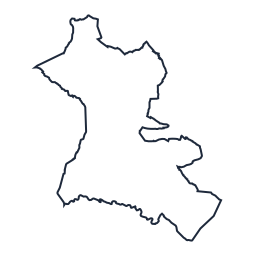 Molcaxac, Puebla, Mexico (Mercator projection)
{"feature_id": "50627088B79768269468288", "entity_name": "Molcaxac", "entity_type": "district", "adm_level": 2, "iso_a3": "MEX", "parent_name": "Mexico", "parent_adm1": "Puebla", "projection": "mercator", "projection_center": [-97.869, 18.674], "detail": "fine", "context": "isolated", "style": "outline", "palette": "slate", "viewbox_px": 256, "rotation_deg": 0, "n_neighbors": 0, "source": "geoboundaries", "source_scale": "gbopen_adm2", "svg_char_len": 5750}
<svg xmlns="http://www.w3.org/2000/svg" viewBox="0 0 256 256"><path d="M221.1,200.2L219.0,199.3L218.7,198.9L216.3,196.6L215.5,195.7L212.1,194.0L211.0,192.5L197.5,191.2L197.8,190.0L197.4,189.0L195.3,185.2L194.9,185.2L194.3,184.9L193.7,184.3L193.1,184.3L192.3,183.5L191.9,183.4L191.3,183.6L189.9,183.3L189.4,182.9L188.8,182.1L188.6,181.2L188.1,181.0L187.3,179.8L187.3,179.3L186.6,179.1L186.4,178.4L185.6,178.0L184.8,176.8L183.3,175.4L183.4,175.0L182.9,174.7L181.9,173.0L181.1,171.1L180.0,169.9L179.3,169.8L179.3,169.1L179.1,168.8L178.5,168.5L178.0,167.8L178.0,167.4L177.7,166.6L178.8,167.1L179.3,166.9L179.5,167.1L180.1,166.9L180.9,167.3L182.3,167.0L183.8,166.7L186.6,165.1L189.6,164.5L191.3,163.8L192.6,162.7L192.7,161.4L192.9,161.2L194.0,160.7L194.2,160.4L198.3,159.3L200.6,158.2L201.8,156.3L201.9,155.5L200.7,149.7L200.3,148.4L200.0,147.9L199.9,146.3L196.8,144.4L196.5,144.5L195.5,143.3L192.6,141.6L192.6,141.2L191.9,140.8L191.3,140.7L190.6,140.1L188.5,139.3L186.7,137.4L185.9,137.4L185.7,138.9L185.2,139.0L181.7,135.8L181.3,136.1L181.0,136.8L181.0,137.5L180.1,139.8L179.0,139.9L178.8,139.6L177.3,139.0L175.4,138.8L172.4,138.7L169.0,138.9L168.2,141.1L164.5,139.0L162.2,138.9L159.0,139.5L155.7,141.1L154.6,141.2L153.6,140.8L153.4,141.2L148.8,141.3L145.0,140.7L139.6,133.2L139.8,130.8L140.2,130.8L142.5,127.3L144.7,128.0L147.5,128.6L151.3,128.9L155.8,128.8L156.2,129.0L157.8,129.0L158.5,128.6L159.9,128.4L161.3,128.6L163.6,128.3L163.5,127.7L164.3,127.7L166.8,127.3L167.7,126.9L168.4,126.3L168.5,125.5L166.8,124.4L163.6,124.2L161.1,123.5L159.7,123.4L159.4,122.8L155.4,120.2L155.0,119.7L154.2,119.3L153.6,118.6L152.9,118.4L150.8,117.1L150.4,118.0L147.1,116.2L147.9,113.9L147.6,113.7L147.7,113.2L148.4,111.8L148.4,110.6L148.7,109.3L149.5,107.9L149.5,102.1L149.9,101.5L150.5,98.9L156.8,98.7L158.2,98.3L158.1,96.5L158.4,94.1L157.7,92.0L157.9,91.7L157.9,89.5L157.8,85.6L159.5,84.9L162.2,82.2L162.5,81.7L162.2,81.6L162.7,79.6L162.9,79.6L165.1,76.4L165.3,74.8L165.6,73.9L166.3,73.4L166.6,72.9L165.9,71.1L165.4,69.0L163.7,65.8L162.0,60.2L160.3,58.2L159.9,58.9L158.9,58.1L159.4,57.3L158.6,56.4L159.0,55.4L158.0,54.8L158.6,53.6L156.1,52.9L155.9,53.3L155.0,52.3L154.9,52.6L152.9,51.2L153.4,50.3L148.9,45.3L147.9,43.5L146.5,41.7L145.5,42.4L144.6,43.6L144.1,43.7L143.7,44.1L143.3,44.8L143.4,45.4L143.1,45.7L142.9,46.5L142.3,46.9L142.3,47.7L141.2,47.9L140.1,49.2L139.6,49.3L139.2,49.8L138.7,50.0L138.3,49.8L136.8,50.0L135.9,49.8L134.8,50.5L134.1,50.6L133.7,51.1L133.1,51.2L132.6,51.6L132.6,51.8L132.3,51.9L132.2,52.1L131.9,51.9L130.1,51.6L129.2,51.8L126.9,53.3L126.6,53.1L126.1,53.2L124.8,54.4L119.7,49.2L117.9,48.3L117.4,48.3L117.3,48.0L116.4,48.4L115.1,48.6L110.7,46.7L107.8,46.1L107.6,47.0L101.0,42.2L97.7,39.2L100.8,38.2L101.2,37.8L101.4,37.3L97.4,26.3L97.9,19.4L95.9,18.7L93.3,18.3L89.4,15.9L88.8,15.4L87.7,15.7L87.0,17.1L83.4,19.4L82.6,19.4L81.4,19.7L80.0,19.1L79.6,19.5L78.9,19.8L78.4,19.8L78.3,20.2L77.7,20.4L76.0,20.5L74.9,20.3L74.5,18.8L72.1,18.5L71.0,19.6L70.5,20.3L70.3,21.8L70.7,23.9L71.2,24.6L72.1,25.2L73.0,26.9L73.2,28.3L73.1,32.6L72.3,34.5L72.0,38.8L71.7,39.3L71.3,40.5L70.5,41.7L69.4,42.5L69.1,43.2L68.8,43.3L68.7,44.1L68.1,44.7L67.2,46.5L65.7,47.7L65.6,48.8L64.5,51.8L63.9,52.5L63.9,53.1L63.7,53.4L62.7,53.4L37.2,65.7L34.9,67.5L36.1,67.4L37.2,67.5L39.9,68.4L40.3,69.0L41.4,69.5L42.2,70.7L43.2,71.5L43.1,71.8L42.4,72.4L44.3,74.1L44.3,75.2L45.2,76.0L46.9,76.5L49.0,77.7L49.5,79.4L51.8,81.9L53.0,82.2L54.1,82.1L55.0,82.2L55.8,82.9L56.5,83.1L56.8,83.6L57.3,83.7L57.9,84.1L58.7,85.1L59.6,85.4L60.0,85.7L60.3,86.7L61.7,88.1L61.8,88.7L62.1,88.6L63.1,89.3L64.3,89.7L65.0,90.8L65.4,91.0L67.2,90.8L67.8,91.0L68.6,94.8L69.0,95.2L70.9,96.0L72.1,95.4L72.3,95.6L72.6,96.5L73.0,96.9L73.4,95.9L74.0,95.8L74.7,96.0L75.7,96.8L76.4,97.7L79.1,98.1L80.0,98.9L79.8,99.5L80.9,100.8L82.4,103.3L83.1,104.0L83.5,104.0L85.0,106.4L85.3,107.4L86.1,131.2L86.0,132.1L84.5,134.7L83.4,138.8L82.8,139.2L81.1,139.7L80.7,140.2L80.0,143.6L79.3,145.0L79.4,147.8L77.2,152.4L76.6,152.3L75.9,153.6L75.3,155.2L74.9,157.8L73.6,158.8L74.0,158.9L73.0,159.7L66.7,163.6L66.1,164.3L64.7,169.9L64.9,170.0L64.6,173.5L63.5,173.9L59.8,187.7L57.5,192.3L57.5,193.4L57.8,194.0L63.6,202.1L64.2,203.7L64.2,205.0L65.0,203.8L65.8,203.7L66.9,204.1L68.2,204.0L68.7,203.6L70.1,201.7L71.4,200.9L72.2,200.9L73.2,201.7L73.6,201.6L74.1,201.3L74.0,200.6L74.4,199.7L75.0,199.1L76.1,199.2L77.2,199.8L77.9,199.7L78.4,199.2L78.6,198.6L78.9,196.4L79.9,195.4L80.4,195.2L80.8,195.2L83.6,196.6L85.1,196.4L86.5,196.7L87.0,197.1L88.6,199.5L89.5,200.1L91.2,199.9L92.7,198.7L93.8,198.5L98.3,200.3L99.6,201.9L100.5,202.1L100.7,201.9L100.7,201.3L99.9,199.6L100.1,199.3L100.7,199.3L102.4,200.2L103.6,201.3L104.7,201.6L106.9,202.7L109.1,203.1L111.0,204.1L111.6,204.0L112.0,202.2L112.7,201.4L113.6,201.2L114.7,201.3L115.8,201.8L115.9,202.7L116.1,203.1L116.8,203.5L118.9,204.0L120.1,204.6L120.9,204.6L122.0,204.0L122.4,204.0L126.2,206.0L126.8,205.9L128.1,205.1L128.9,205.0L130.1,205.3L130.7,206.3L130.9,207.5L131.1,207.7L131.6,207.8L135.2,206.4L135.5,206.9L135.3,208.0L135.5,208.4L136.8,210.3L137.8,210.2L139.6,209.0L140.2,209.1L140.6,209.6L141.4,211.3L141.5,212.0L141.4,212.8L140.8,214.1L140.6,215.0L140.7,215.4L141.0,215.9L142.5,216.6L146.0,217.5L147.0,218.6L147.0,219.4L147.8,219.7L150.5,218.4L151.3,218.3L151.9,218.4L152.3,218.7L152.5,219.2L152.4,219.8L151.6,221.2L151.3,222.3L151.8,223.4L152.4,223.8L155.1,224.0L155.5,223.4L156.2,223.4L157.2,222.9L158.3,221.7L158.7,221.2L158.7,220.6L158.3,219.4L158.6,218.5L160.4,215.1L162.0,213.7L163.8,215.5L163.9,216.5L166.6,219.0L168.9,220.0L171.4,222.7L175.7,225.6L176.4,227.1L177.0,230.8L177.6,231.6L183.7,237.7L185.0,238.5L186.5,239.9L187.2,240.2L188.0,240.0L188.6,240.0L191.3,240.6L192.2,240.4L200.4,228.5L213.7,216.0L221.1,200.2Z" fill="none" stroke="#1e293b" stroke-width="2"/></svg>